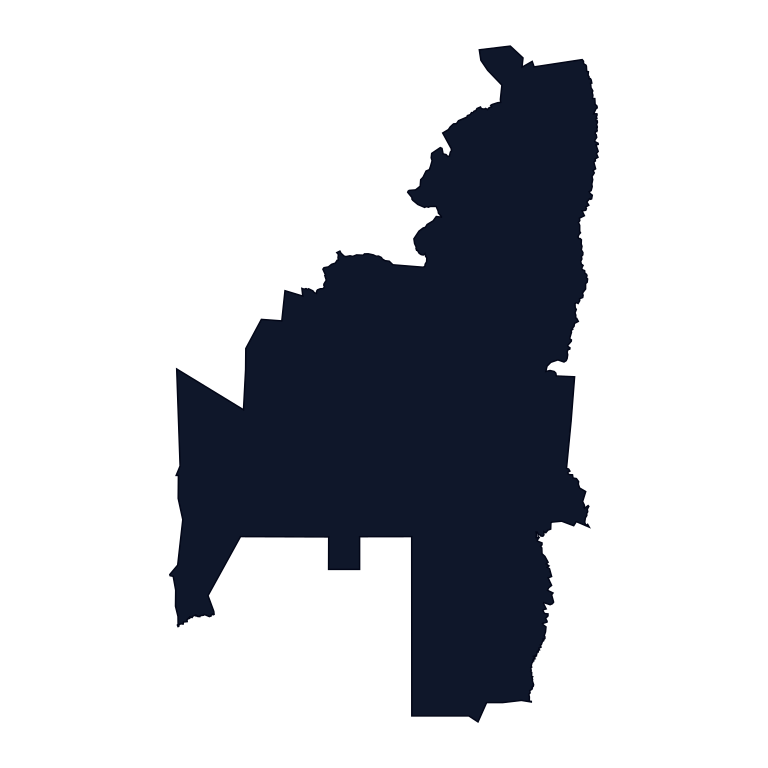 Casas Grandes, Chihuahua, Mexico (Natural Earth projection)
{"feature_id": "50627088B75483680253785", "entity_name": "Casas Grandes", "entity_type": "district", "adm_level": 2, "iso_a3": "MEX", "parent_name": "Mexico", "parent_adm1": "Chihuahua", "projection": "natural_earth1", "projection_center": [-108.11, 30.215], "detail": "fine", "context": "isolated", "style": "filled", "palette": "ink", "viewbox_px": 768, "rotation_deg": 0, "n_neighbors": 0, "source": "geoboundaries", "source_scale": "gbopen_adm2", "svg_char_len": 6100}
<svg xmlns="http://www.w3.org/2000/svg" viewBox="0 0 768 768"><path d="M582.2,59.6L534.1,66.9L532.2,61.4L522.0,67.2L523.0,57.9L510.3,46.1L479.3,49.8L480.9,60.3L487.7,70.3L501.9,85.1L500.4,99.4L500.7,102.4L497.7,102.7L492.1,104.5L490.7,105.4L491.6,106.7L488.9,107.9L487.4,109.6L485.6,108.4L484.3,109.1L481.4,108.7L480.5,107.0L477.0,108.5L475.8,110.7L474.2,111.1L472.9,112.7L471.5,112.6L470.2,114.7L467.4,115.6L466.9,117.1L458.5,120.7L456.5,123.6L453.5,123.9L450.3,126.8L448.4,129.6L442.7,133.0L451.3,148.7L451.4,151.0L450.4,152.0L449.4,156.1L447.7,156.5L446.1,154.6L443.1,153.9L442.0,148.4L440.3,147.6L431.7,153.4L431.2,157.8L432.1,160.7L430.4,166.7L429.3,169.7L426.1,171.0L423.0,177.3L420.7,179.7L420.2,186.2L415.5,189.9L409.2,190.4L408.1,191.2L407.7,192.3L412.1,197.7L411.9,199.0L412.8,200.3L417.9,204.5L424.7,207.4L426.0,206.6L428.7,207.2L429.7,206.5L436.1,206.4L438.1,210.8L438.4,213.1L441.4,216.5L441.4,217.2L436.3,216.5L433.1,220.9L427.1,224.5L425.4,227.3L423.1,228.0L419.0,231.1L413.9,238.8L414.6,243.6L416.2,247.0L416.0,248.5L416.6,250.3L417.4,250.3L419.2,253.3L421.2,254.6L423.3,255.0L424.8,253.8L424.7,254.6L425.6,255.1L425.6,256.4L426.8,257.8L426.6,261.8L425.2,264.1L424.8,266.6L422.9,267.2L392.9,264.8L389.2,261.2L385.1,260.7L382.3,259.0L381.4,257.5L378.6,256.1L376.0,256.2L373.4,254.9L368.3,253.8L364.4,253.9L363.3,255.2L356.6,254.9L352.8,256.4L350.0,255.8L345.8,256.6L344.1,256.1L341.0,253.2L339.9,251.1L336.8,252.6L338.4,254.5L338.0,257.7L338.4,260.0L337.1,260.3L335.3,263.1L331.6,264.3L328.4,266.9L324.0,267.7L322.9,269.2L325.5,275.0L324.8,275.5L326.3,280.2L324.0,283.9L323.8,285.2L324.4,286.5L323.8,287.9L322.8,288.7L320.2,288.8L317.5,289.9L316.7,291.1L316.5,293.5L314.3,292.7L312.9,290.9L308.6,288.8L307.8,289.5L306.0,288.6L304.1,289.2L301.9,288.4L302.8,296.1L285.0,290.7L281.8,320.9L261.4,319.4L245.8,348.5L245.6,369.6L243.5,409.8L176.7,369.0L180.1,466.0L176.2,475.4L178.4,475.5L178.2,498.4L182.8,519.6L177.7,565.1L169.8,574.5L170.1,575.7L173.2,576.3L175.7,590.2L175.5,606.2L178.0,616.5L178.1,624.3L177.4,625.0L178.0,626.6L178.7,626.4L179.1,624.5L181.0,623.8L183.1,624.1L183.5,622.0L187.2,621.6L187.0,619.9L188.6,618.1L189.0,618.6L189.9,618.1L189.8,616.9L192.1,617.5L193.1,616.0L195.8,615.0L196.1,616.1L196.9,615.7L197.8,616.5L199.9,616.6L200.2,615.7L203.7,615.2L204.2,614.4L209.4,616.6L211.1,615.9L210.9,615.3L212.4,614.1L213.1,614.8L214.1,614.4L213.8,611.4L208.0,595.6L240.5,536.6L328.7,536.9L328.6,569.4L359.6,569.4L359.6,536.7L411.7,536.6L411.8,715.9L468.8,715.9L478.0,721.9L486.6,702.6L502.5,702.6L521.4,700.4L531.3,702.0L531.3,701.4L529.3,701.1L529.4,696.9L528.8,694.4L530.1,692.9L529.7,690.6L531.9,689.3L532.4,687.9L532.0,687.2L533.3,686.2L533.6,684.7L532.3,680.7L532.6,679.7L532.0,677.5L532.7,676.8L531.6,676.2L531.7,672.4L530.7,671.4L531.2,670.5L530.7,667.7L531.7,667.1L531.2,666.0L531.9,663.0L533.0,661.6L532.9,660.6L533.7,660.6L533.2,659.5L534.9,658.8L533.9,658.0L535.4,656.7L534.0,656.2L536.4,655.6L536.0,654.8L536.7,654.3L537.3,651.6L538.1,652.0L538.5,650.1L539.5,649.9L538.8,648.2L541.0,647.2L540.4,644.9L541.4,644.5L542.4,641.5L543.6,640.7L542.9,639.8L543.1,638.9L543.9,639.4L544.9,638.5L544.9,636.8L544.2,635.7L545.5,631.9L546.0,626.9L543.2,624.8L542.5,623.5L547.0,622.1L547.1,621.2L545.5,618.5L548.0,615.9L548.0,613.9L544.5,613.5L543.0,610.8L543.3,609.7L546.2,608.9L543.5,603.6L543.8,602.6L550.1,604.7L552.4,603.7L553.6,602.1L551.6,594.8L553.0,593.0L547.5,590.3L548.7,587.7L551.6,585.4L548.1,577.9L551.6,576.5L549.5,568.8L547.2,567.3L549.0,565.9L546.2,563.9L548.1,562.3L544.9,556.4L542.0,553.7L541.8,547.9L540.6,546.3L542.0,544.8L542.0,542.9L537.3,541.1L537.5,539.8L539.2,537.4L538.3,536.6L537.4,537.7L536.1,537.7L536.5,534.0L536.0,532.1L537.2,532.1L538.4,534.2L538.1,534.9L540.3,534.8L540.9,536.0L542.9,536.2L543.9,534.9L543.8,531.6L545.8,532.7L548.0,530.1L550.7,529.1L550.9,522.9L551.9,522.1L561.7,521.2L573.7,525.7L576.3,521.6L589.2,527.1L587.6,524.3L585.8,525.4L584.7,522.2L585.4,517.8L586.8,515.5L586.7,513.5L587.7,511.8L587.3,509.2L588.8,506.4L588.1,505.6L584.5,508.3L583.9,507.3L584.5,506.4L584.3,505.0L582.6,501.6L585.7,491.6L579.6,488.0L578.3,484.1L578.6,481.6L576.4,478.6L573.0,478.0L572.5,474.8L569.2,474.6L568.0,473.7L567.9,472.2L569.9,471.1L568.6,469.0L566.5,468.4L571.1,421.2L574.6,376.8L556.3,376.0L555.8,373.1L554.2,371.5L550.0,370.5L545.8,371.5L547.0,366.2L550.8,362.3L557.9,359.9L564.0,362.0L566.1,360.7L567.1,358.6L567.7,354.8L567.1,351.8L568.3,349.3L569.7,349.2L570.0,347.9L567.9,346.4L567.7,345.4L571.3,341.2L571.4,339.9L569.9,338.9L569.8,338.0L571.5,332.2L571.1,330.6L572.8,329.2L572.3,328.2L574.0,326.4L574.5,323.4L578.3,321.4L576.7,318.3L575.7,318.0L575.8,315.1L575.0,312.8L576.3,309.5L575.2,307.6L575.0,303.7L576.5,302.6L578.1,303.5L579.7,300.7L579.6,298.7L582.7,297.5L583.1,295.4L582.5,293.0L585.6,289.0L585.6,283.6L587.2,282.2L587.6,278.9L586.3,277.6L587.0,275.7L586.5,274.3L584.9,273.2L584.6,270.6L582.6,269.8L581.6,268.3L583.1,265.4L581.3,264.1L580.7,261.3L581.9,259.0L581.4,256.4L582.8,254.9L582.9,252.5L581.3,249.8L582.0,246.3L581.2,244.0L581.4,239.8L580.2,238.6L578.6,238.4L578.0,236.9L579.0,234.4L580.5,232.8L579.7,231.3L579.7,225.3L578.4,222.4L579.8,220.7L579.4,218.2L584.4,215.7L582.1,210.9L585.7,210.3L586.4,208.6L585.7,207.0L588.8,205.2L586.8,202.0L589.6,198.7L590.5,199.3L591.6,198.9L592.3,195.2L590.1,193.5L589.1,191.7L591.1,190.6L592.2,186.7L591.8,184.0L592.7,179.7L592.0,176.5L594.3,172.9L593.0,170.5L595.6,168.8L593.8,162.2L595.4,160.9L595.1,158.9L598.0,157.3L596.4,153.5L598.2,151.4L596.0,144.9L598.2,144.4L598.1,143.3L594.7,141.5L595.1,139.7L596.7,137.4L596.2,134.7L595.2,133.9L595.4,131.6L596.8,131.6L597.2,130.4L596.6,128.0L597.2,127.9L597.3,126.8L596.5,124.4L597.4,122.5L597.3,120.9L596.4,120.9L595.9,119.7L596.3,118.5L596.9,118.5L596.4,116.7L597.1,115.0L596.9,113.8L593.6,113.8L596.0,108.7L597.2,107.9L597.0,106.1L595.1,104.2L594.8,98.6L592.5,98.5L592.9,95.2L592.2,92.6L592.8,90.9L591.0,87.7L590.6,83.3L591.8,83.1L591.2,80.0L590.4,78.6L589.2,78.8L589.0,76.5L588.1,75.4L588.4,71.7L586.7,71.3L586.4,66.2L585.9,65.1L584.2,64.2L583.5,63.1L583.5,61.2L582.2,59.6Z" fill="#0f172a" stroke="#020617" stroke-width="1.5"/></svg>